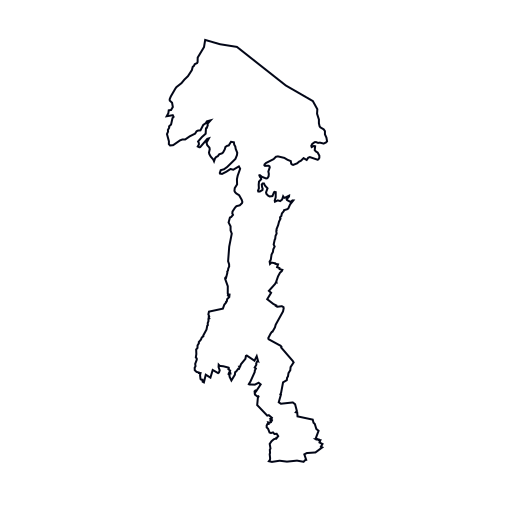 outline of San Salvador el Verde, Puebla, Mexico, rotated 122°
{"feature_id": "50627088B235557174424", "entity_name": "San Salvador el Verde", "entity_type": "district", "adm_level": 2, "iso_a3": "MEX", "parent_name": "Mexico", "parent_adm1": "Puebla", "projection": "albers", "projection_center": [-98.525, 19.258], "detail": "fine", "context": "isolated", "style": "outline", "palette": "ink", "viewbox_px": 512, "rotation_deg": 122, "n_neighbors": 0, "source": "geoboundaries", "source_scale": "gbopen_adm2", "svg_char_len": 6157}
<svg xmlns="http://www.w3.org/2000/svg" viewBox="0 0 512 512"><g transform="rotate(122 256 256)"><path d="M99.7,413.6L106.4,410.8L118.6,410.6L122.5,408.3L123.6,408.2L125.8,409.6L127.7,409.4L129.1,409.9L132.3,408.9L139.5,409.0L144.3,410.2L148.9,410.8L155.0,413.0L156.8,413.1L165.8,412.8L168.8,412.3L169.9,411.5L170.5,408.4L173.7,405.5L177.2,405.4L178.7,407.2L181.4,406.0L184.8,405.8L180.7,401.2L181.7,399.6L183.3,399.9L189.5,397.7L192.1,398.4L193.2,397.6L195.8,397.5L197.1,396.5L199.8,396.1L204.9,390.6L207.3,389.2L207.8,387.4L205.9,385.0L198.2,381.7L196.1,380.1L194.7,377.8L189.6,375.6L184.5,372.5L181.7,372.5L180.4,371.7L178.9,369.7L172.8,370.2L170.0,369.0L167.8,369.0L165.0,366.4L169.6,367.2L170.7,366.2L173.5,365.6L174.2,366.1L179.0,363.5L183.8,364.9L189.6,365.8L190.5,364.3L191.8,363.5L194.0,363.4L193.8,361.6L193.2,361.0L182.5,359.4L181.2,358.3L186.2,358.0L187.9,356.0L188.8,352.9L190.0,351.8L193.2,350.7L194.3,349.6L195.7,347.1L196.8,343.4L197.9,341.8L194.9,342.5L193.0,342.2L191.7,341.3L189.2,341.1L187.1,339.3L185.7,338.8L182.2,339.0L179.7,339.7L177.9,338.9L176.7,337.7L172.4,337.7L171.3,335.0L173.1,333.5L174.1,331.6L175.9,330.0L178.4,326.6L180.6,325.6L184.6,324.9L195.7,327.6L199.4,329.1L201.9,331.4L204.8,330.7L205.2,330.2L204.4,328.3L200.4,325.9L195.7,323.7L194.9,321.0L189.1,318.0L190.4,315.7L197.6,314.1L200.9,312.9L205.3,310.0L209.7,310.0L212.2,308.8L213.0,307.5L213.4,305.8L213.4,302.5L215.9,297.9L217.4,296.2L218.6,295.9L221.6,296.6L224.1,299.0L226.1,299.4L230.7,299.5L232.4,298.7L233.3,297.3L236.1,297.7L237.2,298.5L242.1,297.0L244.3,293.3L247.8,291.1L249.9,288.4L262.2,283.7L275.2,276.9L277.2,274.5L279.1,273.2L281.3,272.9L283.1,272.1L284.5,272.1L285.4,271.4L290.2,269.9L290.2,270.4L290.9,270.5L291.7,270.1L296.6,263.9L302.6,260.2L303.2,259.6L302.9,258.5L304.4,258.7L304.4,257.7L303.8,257.5L305.0,256.9L307.9,257.6L309.7,256.8L310.8,257.1L311.2,256.7L314.0,257.1L318.2,256.2L328.1,266.4L330.7,265.5L332.0,263.7L332.9,263.8L333.7,262.5L334.6,263.0L336.4,261.8L338.5,261.4L340.2,260.2L341.0,260.4L344.6,259.0L351.4,258.6L352.0,258.1L353.8,258.8L356.1,258.4L359.3,258.9L360.3,258.2L362.8,258.2L365.0,256.9L367.0,257.2L370.8,254.6L373.9,253.3L374.3,252.0L375.3,251.3L379.7,250.4L381.5,248.9L383.3,248.8L385.3,247.4L385.8,245.0L385.1,242.7L385.5,242.4L384.7,241.0L386.7,240.3L389.7,237.9L389.9,236.9L389.3,235.9L390.9,234.6L390.8,233.2L383.3,235.7L383.3,230.2L375.6,232.3L375.4,226.1L374.4,225.7L372.2,226.2L370.0,228.9L368.0,230.0L368.4,228.5L366.8,225.2L365.2,220.1L365.4,219.6L366.6,219.4L366.9,217.2L368.9,217.0L368.5,216.1L369.2,215.4L370.2,216.7L370.7,216.7L371.1,215.3L372.4,214.4L374.6,210.9L367.9,211.0L365.6,212.1L364.4,211.6L361.1,211.3L360.8,210.6L359.1,210.9L358.7,211.6L358.1,210.9L355.7,211.4L348.8,210.5L346.1,211.6L345.3,211.1L345.6,201.8L340.6,202.3L344.0,198.6L344.0,199.1L345.4,199.1L347.0,198.9L348.0,198.1L351.3,198.0L351.5,196.5L353.8,196.3L355.1,195.6L365.4,194.2L368.5,194.2L368.5,193.6L365.7,188.8L362.1,186.6L362.4,184.0L370.1,184.2L370.3,185.2L371.5,185.5L372.0,185.2L371.8,184.3L373.3,184.2L374.1,183.4L374.4,180.3L373.7,179.8L373.8,179.4L375.4,179.2L381.8,176.0L385.4,161.9L384.2,160.8L384.8,156.7L385.7,156.6L386.3,157.2L386.7,155.4L387.3,155.3L387.9,156.5L389.0,155.3L390.1,156.0L390.7,157.6L391.8,156.4L392.5,157.3L394.2,157.1L395.7,156.1L396.1,154.2L398.5,151.0L398.2,149.5L396.6,148.1L397.2,146.0L395.8,144.3L397.0,141.7L399.9,142.0L399.8,142.4L400.3,142.4L402.0,143.8L404.9,144.7L408.1,144.8L411.6,141.7L413.0,141.6L415.6,139.7L416.8,139.4L420.1,136.8L421.4,136.2L423.2,136.3L422.2,133.4L417.1,127.5L414.0,120.8L407.8,112.8L405.3,106.6L403.2,106.2L402.3,105.4L398.6,109.9L396.2,108.5L391.1,101.5L383.2,98.4L383.3,99.9L380.2,100.0L380.5,103.3L378.1,103.8L379.0,105.2L378.4,105.7L379.7,107.6L379.7,108.5L378.8,107.5L379.0,108.7L371.1,110.3L370.7,113.2L367.3,117.1L366.9,118.9L364.7,121.2L370.0,135.8L366.9,138.1L367.4,139.4L365.7,139.3L361.0,144.3L360.7,147.2L368.1,156.6L368.0,159.2L360.4,161.4L360.4,162.0L358.8,162.2L348.8,166.1L345.0,164.1L342.8,165.1L341.1,165.1L338.1,166.4L334.7,166.4L331.9,167.8L326.3,167.7L325.5,169.3L320.3,186.1L319.5,186.3L319.1,187.5L319.9,201.2L319.1,202.1L314.1,202.5L311.9,202.4L311.5,201.9L306.5,202.1L303.8,202.9L288.7,203.7L285.7,204.8L284.8,205.6L284.9,207.5L287.8,211.1L287.8,212.7L287.2,212.7L287.5,215.8L286.7,223.6L279.2,223.7L278.7,226.6L269.5,225.0L267.3,225.2L267.3,224.8L266.5,225.4L261.7,226.5L257.4,226.8L255.2,226.1L253.8,226.3L254.6,229.1L253.8,229.7L254.3,232.2L251.4,232.9L252.4,235.4L252.0,235.8L253.4,239.4L255.3,239.9L253.5,241.5L251.3,241.5L246.5,243.6L243.6,243.8L241.1,244.9L238.1,245.2L236.9,247.1L232.2,248.8L231.3,248.8L228.6,250.1L226.1,250.4L224.0,252.1L223.3,252.1L222.4,252.8L218.0,253.6L214.6,254.7L211.4,255.0L211.1,255.7L210.3,256.1L208.7,255.7L206.2,256.6L203.3,256.2L202.3,256.5L199.9,254.4L198.6,253.8L194.2,254.4L189.1,253.8L189.5,254.5L191.9,255.5L192.1,259.4L191.6,260.1L188.1,259.5L187.3,259.9L191.5,262.5L191.7,263.0L191.0,264.6L194.3,263.8L196.6,264.6L197.3,267.0L199.9,268.7L199.1,269.5L195.8,270.4L191.4,273.1L191.8,274.3L192.4,274.5L196.5,273.8L198.3,276.0L198.4,277.8L197.8,280.1L196.7,281.2L192.5,282.1L191.5,285.8L190.3,287.7L191.0,288.8L192.3,289.0L194.4,287.3L195.4,286.0L196.6,285.5L199.3,286.9L200.1,288.2L199.6,288.9L197.1,289.4L194.1,291.5L191.3,292.9L188.1,292.3L187.2,293.2L186.8,294.6L185.8,295.9L185.4,295.6L185.7,293.0L184.9,288.5L184.0,287.6L181.9,287.5L179.6,288.6L177.8,290.3L173.6,291.3L172.8,292.1L172.8,293.2L174.8,296.1L174.7,296.9L173.8,297.3L171.8,296.8L164.5,292.4L161.3,291.7L159.9,290.2L157.8,284.0L157.7,280.2L157.1,276.8L159.0,275.1L159.3,274.4L159.1,272.8L155.6,270.2L153.2,269.5L151.5,268.4L147.8,267.5L147.7,263.9L145.0,263.8L143.6,262.8L141.7,254.7L140.9,254.3L139.2,254.3L137.4,255.4L135.6,258.5L135.6,260.7L135.1,262.3L131.6,264.0L132.0,265.2L134.1,266.5L133.3,267.5L131.2,267.7L128.4,266.6L127.6,265.5L127.2,263.3L126.0,261.9L124.8,258.2L122.6,256.8L121.1,256.5L118.3,259.0L116.3,262.0L113.6,263.7L112.7,265.7L112.8,269.6L112.3,270.8L110.1,273.0L106.9,275.0L103.0,279.6L99.0,281.8L94.5,289.9L95.6,321.1L88.8,383.0L95.5,398.8L99.7,413.6Z" fill="none" stroke="#020617" stroke-width="2"/></g></svg>